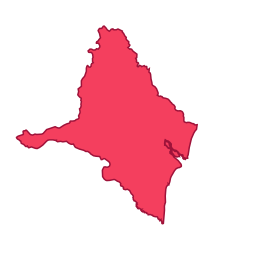 Esmeraldas, Esmeraldas, Ecuador, rotated 126°
{"feature_id": "8360857B50260374474946", "entity_name": "Esmeraldas", "entity_type": "district", "adm_level": 2, "iso_a3": "ECU", "parent_name": "Ecuador", "parent_adm1": "Esmeraldas", "projection": "albers", "projection_center": [-79.613, 0.807], "detail": "fine", "context": "isolated", "style": "filled", "palette": "rose", "viewbox_px": 256, "rotation_deg": 126, "n_neighbors": 0, "source": "geoboundaries", "source_scale": "gbopen_adm2", "svg_char_len": 5777}
<svg xmlns="http://www.w3.org/2000/svg" viewBox="0 0 256 256"><g transform="rotate(126 128 128)"><path d="M52.9,189.5L53.8,194.3L55.5,195.3L56.7,196.9L57.1,198.1L56.7,198.5L57.9,199.6L60.0,199.8L60.7,200.0L60.8,202.4L59.9,205.0L59.6,207.3L60.3,207.8L62.8,207.8L64.3,209.6L66.6,209.5L67.3,208.6L68.1,206.9L71.2,203.3L73.8,203.5L74.8,203.3L76.7,204.0L77.9,203.6L78.0,203.3L77.2,202.4L76.8,201.5L78.0,199.2L79.0,198.4L81.6,198.4L82.4,200.1L83.8,200.2L85.0,201.4L85.4,202.2L85.6,203.7L86.5,205.1L89.1,205.6L89.8,204.5L89.7,203.9L88.5,202.2L88.6,201.1L89.2,199.9L91.4,197.8L92.6,197.6L95.1,195.7L95.6,194.5L97.2,195.2L98.7,194.9L99.6,194.2L101.1,194.4L101.6,195.3L101.2,197.3L102.0,197.6L104.0,196.9L106.7,195.0L110.6,193.8L111.7,193.5L114.8,193.8L117.2,193.5L121.7,190.2L125.7,191.3L127.6,189.3L130.5,188.2L130.9,187.6L131.3,185.7L131.5,184.1L131.4,183.4L132.0,182.9L133.3,182.5L133.9,181.3L136.5,180.0L137.6,178.9L139.7,178.2L141.0,178.5L142.7,176.6L143.8,175.8L147.3,175.1L148.1,173.9L149.1,173.5L150.3,173.8L151.5,174.8L153.4,175.3L154.8,176.7L156.3,178.7L156.8,178.8L157.5,178.2L158.5,178.3L160.7,180.0L163.4,181.5L168.1,183.3L168.7,183.9L169.4,185.6L169.8,187.7L177.1,192.9L182.3,193.4L183.8,194.3L186.9,198.1L187.6,199.7L189.7,200.9L190.5,202.5L190.6,203.5L189.5,208.8L189.7,209.3L190.7,209.7L191.8,210.8L192.4,210.9L194.4,209.1L194.9,209.0L199.2,212.1L201.1,212.7L201.5,212.3L201.9,210.9L201.6,209.4L201.9,208.1L201.6,207.2L203.1,205.3L202.6,202.6L203.1,200.0L202.8,199.4L201.7,198.8L202.3,197.5L202.3,196.6L200.1,195.1L198.9,191.0L198.0,189.4L195.8,188.2L191.9,186.9L186.3,186.1L184.9,185.6L183.7,184.5L181.7,181.7L180.8,179.7L180.0,178.8L180.6,178.6L180.5,176.9L178.4,174.7L177.5,172.6L174.9,169.9L175.1,167.1L174.8,165.1L174.3,164.0L173.1,162.7L174.4,159.9L174.5,158.9L173.6,154.9L172.0,150.6L171.8,148.4L170.6,146.7L170.5,144.5L170.9,143.1L170.7,139.6L169.7,137.4L167.7,134.1L169.3,131.1L168.9,130.5L166.9,129.5L166.5,128.6L166.5,123.7L167.0,122.2L168.0,121.1L169.5,120.6L170.8,120.9L172.0,121.8L172.9,123.7L173.8,124.5L176.6,124.1L177.4,123.8L182.3,119.9L183.3,117.2L183.3,115.2L183.0,114.3L181.3,112.2L177.8,109.0L177.4,107.9L177.3,105.4L176.7,103.1L177.2,101.2L178.3,100.7L178.9,100.0L179.0,99.4L178.5,98.6L178.7,96.7L179.8,96.1L180.0,95.5L179.4,93.8L177.9,92.5L177.6,90.0L179.2,86.8L179.4,85.1L179.8,84.0L180.5,83.3L181.3,83.2L181.5,82.7L182.7,81.7L183.3,80.2L182.8,79.9L183.0,79.5L183.1,77.1L183.6,76.7L183.5,76.4L184.0,76.4L184.2,76.6L184.4,76.3L184.7,76.4L184.7,75.6L185.3,75.9L186.4,75.5L186.7,74.6L186.2,74.4L186.3,74.0L186.5,73.4L186.9,73.5L186.9,72.6L187.2,72.6L187.0,72.3L187.0,71.7L186.2,71.4L186.3,69.6L186.0,69.3L186.5,69.4L186.9,69.3L187.3,67.8L186.9,67.4L187.2,66.8L186.8,66.4L186.4,66.7L186.5,66.2L186.3,66.2L186.7,65.3L186.2,65.2L186.6,64.7L186.0,64.1L186.0,63.5L185.6,63.3L185.6,62.9L186.1,62.6L185.9,60.7L186.2,60.5L185.5,60.0L185.4,59.5L184.7,58.8L184.6,57.7L184.1,56.8L184.5,56.2L184.2,54.9L183.3,53.0L182.7,52.5L182.7,51.7L183.8,50.3L183.6,49.6L183.8,49.5L183.9,48.8L183.4,49.0L183.3,48.5L183.6,48.1L182.9,47.7L183.8,47.4L183.2,47.1L183.5,46.7L183.5,45.8L184.3,45.4L184.3,44.9L184.9,44.7L184.9,44.1L185.2,44.1L185.1,43.7L184.4,43.3L173.0,50.2L169.7,52.7L167.5,53.6L167.0,54.2L167.1,53.7L166.1,54.0L161.1,57.9L155.2,61.5L153.2,62.3L151.3,62.4L150.7,62.2L150.2,61.7L149.7,62.3L149.8,61.7L146.9,62.6L143.7,64.1L141.8,64.6L135.2,65.3L132.6,65.1L130.8,64.2L129.7,63.1L127.9,62.3L127.3,62.5L126.1,63.8L124.9,68.3L124.5,73.9L123.7,75.6L123.7,79.2L122.4,80.2L121.3,80.1L120.7,80.4L119.9,81.2L120.0,81.9L120.7,83.5L119.9,86.7L120.0,87.6L120.4,88.3L120.6,88.8L119.8,87.9L119.5,88.7L119.0,89.3L116.1,90.9L115.6,91.0L115.6,89.3L115.0,88.1L115.0,85.6L115.5,83.6L117.6,82.2L118.3,81.0L118.6,79.8L118.8,78.2L117.8,75.7L118.1,72.7L118.8,71.5L118.4,69.7L118.9,70.3L118.4,69.2L117.8,68.5L117.6,67.9L118.1,67.2L120.3,65.7L120.4,64.5L120.2,63.7L119.7,65.7L119.2,66.0L118.8,64.4L119.5,63.6L119.5,63.1L118.4,63.4L117.4,62.0L115.7,63.4L114.5,63.5L107.7,67.0L99.3,70.5L93.4,71.8L91.1,72.0L88.8,71.8L84.7,74.0L85.7,75.0L86.3,76.2L85.9,76.9L86.2,78.0L86.6,78.5L87.2,81.3L88.2,82.9L89.3,83.8L90.0,86.0L89.3,87.1L86.6,89.0L85.9,90.2L84.2,91.2L83.2,92.8L82.9,93.9L83.2,95.6L84.9,97.8L85.4,99.7L84.8,101.6L83.3,102.2L82.5,104.0L82.5,106.6L82.0,107.8L82.1,108.5L81.4,110.6L81.1,112.6L81.8,114.9L83.0,117.4L82.6,118.9L83.0,119.4L82.9,120.3L83.8,121.0L84.1,121.9L84.2,123.6L82.8,123.6L81.8,124.4L79.5,128.0L78.8,130.4L79.0,133.0L78.7,134.0L77.2,135.4L74.8,138.2L71.3,141.3L70.5,142.4L70.6,143.6L70.4,143.9L67.6,145.6L68.4,145.8L69.1,146.7L68.9,147.5L67.3,149.0L67.5,149.5L68.3,150.2L68.0,151.5L70.3,153.0L70.1,153.8L70.5,155.5L72.4,155.7L72.7,156.4L72.5,156.9L71.9,157.2L69.4,157.6L69.2,158.5L69.7,159.6L69.5,160.1L68.0,161.0L67.1,162.8L66.3,162.3L65.9,162.3L63.0,164.2L62.9,169.1L62.2,171.3L62.4,172.3L63.2,172.9L63.0,175.4L61.0,175.0L59.8,175.2L59.4,177.1L57.8,178.0L57.5,180.7L57.0,182.1L55.7,182.7L55.4,184.6L54.0,187.3L53.8,188.9L52.9,189.5ZM122.9,75.2L123.4,73.4L122.8,72.6L122.9,71.7L122.0,70.7L120.9,70.1L120.8,69.6L119.4,71.1L119.4,72.1L118.5,73.5L118.2,74.7L118.2,75.3L118.8,75.4L119.4,76.4L118.8,80.4L121.7,78.3L122.4,77.3L122.5,75.9L122.9,75.2ZM117.0,90.3L119.6,88.2L119.7,86.4L120.3,84.0L119.3,81.5L118.8,82.0L117.6,84.3L115.8,86.3L115.9,87.7L117.0,90.3ZM119.0,78.2L119.2,76.4L118.2,75.5L118.1,76.3L119.0,78.2ZM119.0,69.9L118.8,68.6L118.1,67.5L117.8,67.8L117.9,68.5L118.5,69.1L119.0,69.9ZM116.3,84.7L117.0,84.0L118.1,82.4L116.6,83.4L116.3,84.7ZM118.9,68.3L119.1,67.8L119.3,67.0L118.3,67.4L118.9,68.3ZM123.1,78.4L123.4,77.4L122.8,78.6L123.1,78.4ZM118.9,71.5L119.0,70.8L118.6,70.3L118.7,70.6L118.9,71.5ZM118.2,73.1L118.3,72.8L118.7,72.5L118.2,72.7L118.2,73.1ZM118.3,72.5L118.8,72.2L118.8,71.9L118.3,72.5Z" fill="#f43f5e" stroke="#9f1239" stroke-width="1.5"/></g></svg>